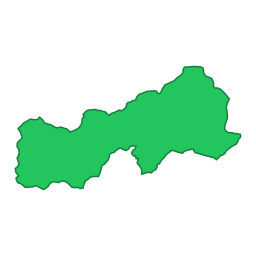 Major Gercino, Santa Catarina, Brazil (Albers equal-area conic projection)
{"feature_id": "56859067B69843073310031", "entity_name": "Major Gercino", "entity_type": "district", "adm_level": 2, "iso_a3": "BRA", "parent_name": "Brazil", "parent_adm1": "Santa Catarina", "projection": "albers", "projection_center": [-49.062, -27.42], "detail": "fine", "context": "isolated", "style": "filled", "palette": "green", "viewbox_px": 256, "rotation_deg": 0, "n_neighbors": 0, "source": "geoboundaries", "source_scale": "gbopen_adm2", "svg_char_len": 2896}
<svg xmlns="http://www.w3.org/2000/svg" viewBox="0 0 256 256"><path d="M216.4,159.7L218.5,157.8L220.4,155.7L222.8,154.9L225.0,153.4L226.4,150.6L228.3,149.1L230.8,147.2L233.8,145.3L236.3,144.1L237.5,142.1L238.4,139.5L240.6,137.2L240.5,134.4L237.0,133.7L234.2,133.4L232.0,132.7L228.8,132.7L226.0,131.2L224.5,128.3L225.1,125.3L226.1,121.6L227.2,118.9L227.5,115.5L227.0,112.6L226.9,109.7L226.1,107.8L226.7,105.0L228.0,101.8L229.3,99.0L225.4,94.0L220.7,89.3L217.5,88.0L214.7,87.9L213.4,86.2L213.7,83.4L212.6,80.1L211.5,78.3L209.0,77.3L205.7,76.0L203.9,73.5L203.5,70.7L203.1,68.1L200.9,66.9L198.9,66.7L196.9,66.6L194.1,66.5L190.8,66.7L187.4,67.1L184.5,67.1L183.3,69.1L182.9,72.7L181.4,74.6L179.4,76.2L176.8,78.0L174.0,80.9L171.3,81.9L169.4,83.0L167.5,83.8L164.9,84.9L163.4,87.3L162.2,89.1L161.3,91.4L159.9,93.6L157.9,93.4L156.3,91.1L154.3,90.8L152.4,91.0L149.9,91.1L146.7,91.4L143.6,92.8L141.4,93.6L138.9,94.5L136.7,97.1L135.5,100.1L132.4,100.8L130.4,102.2L128.3,102.4L126.8,103.7L126.0,107.2L124.4,108.9L121.9,110.8L119.5,110.1L117.3,111.0L114.4,112.5L111.3,113.4L109.5,115.3L107.2,114.1L105.8,112.1L103.1,111.5L100.3,110.4L98.2,110.5L95.4,109.4L91.2,109.9L87.7,110.2L85.0,112.1L83.1,114.6L84.0,116.8L82.3,118.3L82.0,121.2L81.4,124.3L79.6,127.0L78.0,128.5L75.4,129.9L72.5,131.2L70.1,132.1L68.7,130.6L66.6,128.8L63.8,128.1L62.0,127.3L59.7,127.3L56.6,127.9L54.0,126.7L51.5,125.0L48.7,124.2L45.9,123.5L44.1,122.4L43.1,120.3L41.3,118.8L39.7,117.2L37.4,119.5L34.1,119.8L30.8,119.0L28.4,120.1L25.9,121.8L23.3,123.2L21.2,125.8L19.5,127.0L18.1,128.9L19.4,130.7L20.6,132.5L21.1,134.7L22.2,136.7L21.4,138.7L19.5,140.4L17.3,142.9L17.0,146.5L18.4,148.5L19.3,152.2L18.6,155.4L17.1,158.1L18.0,160.9L19.0,164.1L17.5,166.8L15.4,168.4L15.6,171.6L16.7,173.6L18.7,175.8L16.0,178.0L16.6,180.7L18.1,182.9L20.7,183.7L22.7,185.0L24.9,187.2L27.6,187.3L29.9,187.0L32.8,186.8L36.0,185.6L39.3,187.3L41.7,188.7L43.6,189.5L45.9,188.2L48.3,186.3L49.8,183.7L52.3,181.9L54.4,181.7L56.5,182.2L58.8,182.6L61.3,181.1L64.7,181.2L67.7,183.1L70.1,185.3L71.8,187.2L74.6,187.7L77.6,187.4L80.6,188.5L83.1,187.9L83.5,185.6L84.4,183.3L85.4,181.0L87.7,179.6L90.1,177.2L92.7,176.7L95.6,176.4L98.4,176.6L99.6,174.0L100.7,170.7L101.3,167.8L102.2,165.4L104.7,164.0L106.6,161.8L108.3,159.5L109.2,157.2L109.3,154.9L111.3,153.0L114.2,152.4L116.4,150.2L118.3,149.0L120.3,147.8L123.4,149.7L126.3,150.5L128.4,149.2L130.2,146.5L133.6,145.8L136.0,146.4L135.0,149.0L132.6,150.7L131.6,153.4L133.3,155.7L135.6,156.4L136.2,158.8L138.2,158.4L137.7,160.9L137.2,163.1L139.4,165.8L141.5,169.0L141.7,171.6L141.7,174.2L145.5,173.1L148.4,172.2L151.3,172.9L153.4,170.7L155.5,169.8L157.2,167.2L156.7,165.0L159.4,163.7L161.3,160.5L163.6,158.1L165.8,155.3L167.6,153.5L169.8,151.8L172.1,150.3L179.8,152.7L182.7,153.2L184.5,151.2L187.2,150.3L190.5,149.5L193.2,149.2L194.9,152.5L209.7,156.7L214.2,157.8L216.4,159.7Z" fill="#22c55e" stroke="#15803d" stroke-width="1.5"/></svg>